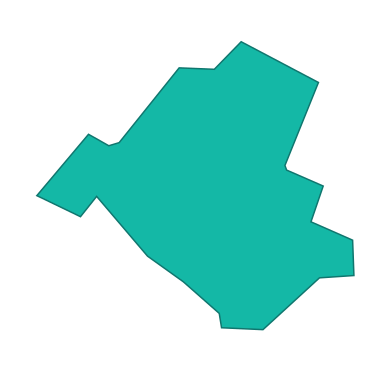 the district of Lynchburg, Virginia, United States of America, rotated 174°
{"feature_id": "52423323B93399406998966", "entity_name": "Lynchburg", "entity_type": "district", "adm_level": 2, "iso_a3": "USA", "parent_name": "United States of America", "parent_adm1": "Virginia", "projection": "orthographic", "projection_center": [-79.19, 37.401], "detail": "fine", "context": "isolated", "style": "filled", "palette": "teal", "viewbox_px": 384, "rotation_deg": 174, "n_neighbors": 0, "source": "geoboundaries", "source_scale": "gbopen_adm2", "svg_char_len": 433}
<svg xmlns="http://www.w3.org/2000/svg" viewBox="0 0 384 384"><g transform="rotate(174 192 192)"><path d="M176.8,53.9L135.8,47.7L74.2,93.3L39.7,92.0L37.3,127.3L76.8,149.9L60.9,184.2L95.6,203.9L96.8,208.7L54.8,287.7L127.4,336.3L157.0,311.7L191.8,316.8L259.3,248.7L269.9,246.7L288.9,260.2L346.7,204.6L305.5,179.1L287.3,197.6L242.9,132.8L210.1,103.7L177.6,68.4L176.8,53.9Z" fill="#14b8a6" stroke="#0f766e" stroke-width="1.5"/></g></svg>